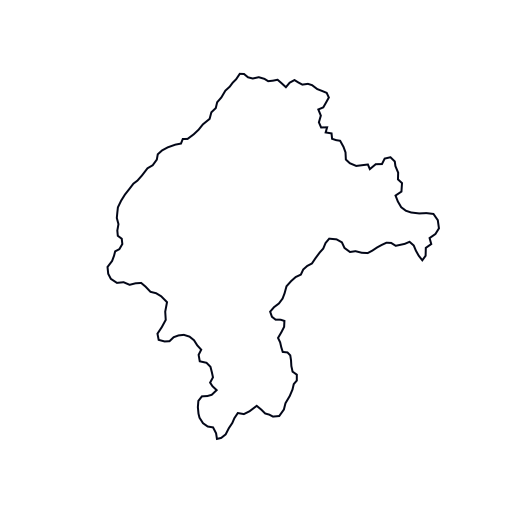 the district of Virgolândia, Minas Gerais, Brazil, rotated 32°
{"feature_id": "56859067B35408041837441", "entity_name": "Virgolândia", "entity_type": "district", "adm_level": 2, "iso_a3": "BRA", "parent_name": "Brazil", "parent_adm1": "Minas Gerais", "projection": "natural_earth1", "projection_center": [-42.302, -18.462], "detail": "fine", "context": "isolated", "style": "outline", "palette": "ink", "viewbox_px": 512, "rotation_deg": 32, "n_neighbors": 0, "source": "geoboundaries", "source_scale": "gbopen_adm2", "svg_char_len": 2884}
<svg xmlns="http://www.w3.org/2000/svg" viewBox="0 0 512 512"><g transform="rotate(32 256 256)"><path d="M360.5,379.4L361.0,371.4L359.0,365.2L358.8,356.8L357.7,349.9L355.9,344.6L356.6,340.0L353.5,335.0L348.3,334.7L344.3,330.6L340.9,325.8L337.7,322.1L333.8,321.1L329.5,323.2L325.8,320.0L322.2,316.4L318.1,313.8L317.9,307.1L317.4,301.2L314.5,296.0L310.6,297.0L306.4,299.6L301.7,299.1L297.5,295.7L298.4,289.8L300.6,284.1L301.1,278.0L300.0,272.5L297.9,265.5L299.1,258.6L300.8,252.8L303.9,248.0L303.2,242.4L304.7,237.3L307.4,232.7L307.6,226.4L308.2,219.1L309.1,214.1L308.1,208.1L308.9,202.5L315.5,199.2L321.6,198.9L326.8,202.3L333.6,202.8L337.8,199.2L344.0,197.2L349.2,194.3L351.8,189.8L354.2,184.5L356.8,179.9L359.6,175.6L363.7,173.3L369.1,173.3L372.3,170.2L375.7,166.9L378.7,162.6L384.2,163.5L388.7,166.7L393.8,169.5L399.3,171.5L399.7,165.9L395.7,159.1L398.3,153.0L393.7,148.8L396.5,142.3L396.5,135.6L391.2,129.3L384.2,126.3L377.8,129.3L371.9,133.4L364.5,136.9L359.1,138.2L353.3,137.7L347.4,134.6L342.3,130.8L345.2,124.3L341.2,116.8L335.8,115.8L332.4,110.0L326.6,105.9L323.6,102.3L317.7,101.0L313.5,105.2L314.1,111.3L308.9,114.7L306.5,122.0L302.4,119.1L298.2,122.5L293.3,126.5L286.4,127.6L281.1,126.6L277.0,120.7L272.4,117.1L266.3,113.7L262.5,115.3L258.4,116.3L255.1,112.0L249.6,114.3L248.1,109.2L243.1,112.5L238.5,109.3L236.6,102.6L231.2,98.7L234.3,94.3L234.1,89.2L233.8,83.0L229.5,80.2L224.7,81.0L219.4,82.0L213.0,81.4L208.8,82.5L204.5,86.1L200.0,86.4L195.4,86.4L192.7,91.2L191.9,97.0L186.0,95.9L180.9,95.1L177.5,98.3L173.7,101.3L169.3,101.3L163.6,102.9L159.2,107.2L154.5,108.7L149.4,108.0L145.7,110.1L145.5,116.6L144.4,121.4L144.0,126.3L142.4,132.0L142.6,139.8L141.6,146.2L143.5,151.9L142.0,157.8L144.0,164.3L141.2,172.5L140.4,179.3L138.7,185.8L135.9,193.0L131.9,195.6L132.8,200.4L128.6,204.3L123.6,210.6L120.4,216.2L118.8,221.8L120.8,226.8L120.3,233.8L117.5,239.1L116.6,248.3L115.5,254.9L113.7,259.6L113.1,266.0L112.3,273.3L112.3,280.5L113.1,287.9L115.4,292.7L117.8,297.5L122.5,301.9L124.9,307.9L128.1,312.1L133.0,312.5L136.3,316.7L136.5,322.6L134.1,326.7L135.5,331.1L136.6,336.5L135.9,344.0L140.1,349.4L145.0,352.3L152.3,352.5L157.6,348.4L164.1,347.4L168.3,343.0L172.9,339.7L178.5,340.5L185.5,342.3L191.0,340.5L196.9,340.4L205.0,342.3L208.5,351.3L213.3,358.0L213.8,366.2L213.6,374.1L217.9,378.7L223.8,376.9L227.8,374.1L229.2,368.5L232.4,364.4L236.6,361.1L242.4,359.6L248.1,360.3L253.5,362.9L259.2,364.5L259.7,370.2L264.1,375.1L270.6,372.8L276.1,374.1L280.3,378.1L283.8,381.7L284.2,387.7L288.1,389.5L293.7,390.6L292.0,397.2L289.0,400.5L284.5,403.7L283.9,409.4L286.8,415.0L290.8,420.2L293.8,423.1L299.7,425.9L305.4,426.2L310.4,424.1L316.1,427.5L319.8,431.8L322.9,428.7L324.8,423.4L324.2,416.3L324.4,410.2L323.6,405.0L323.8,398.8L329.5,396.5L332.8,391.1L336.0,382.7L342.0,383.5L347.2,384.7L351.3,383.5L355.5,383.2L360.5,379.4Z" fill="none" stroke="#020617" stroke-width="2"/></g></svg>